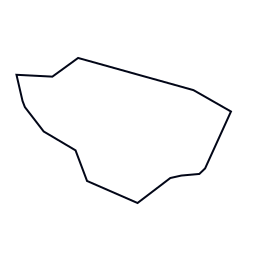 map outline of Veržej (Natural Earth projection), rotated 353°
{"feature_id": "SVN-267", "entity_name": "Veržej", "entity_type": "Municipality", "adm_level": 1, "iso_a3": "SVN", "parent_name": "Slovenia", "parent_adm1": "", "projection": "natural_earth1", "projection_center": [16.171, 46.583], "detail": "fine", "context": "isolated", "style": "outline", "palette": "ink", "viewbox_px": 256, "rotation_deg": 353, "n_neighbors": 0, "source": "natural_earth", "source_scale": "10m", "svg_char_len": 342}
<svg xmlns="http://www.w3.org/2000/svg" viewBox="0 0 256 256"><g transform="rotate(353 128 128)"><path d="M87.0,52.4L197.6,98.4L232.2,124.2L199.6,177.5L193.2,182.3L175.1,181.7L163.9,182.8L128.3,203.6L80.9,175.6L73.2,143.8L43.9,121.2L28.2,94.7L26.6,88.3L23.8,61.6L59.2,67.8L87.0,52.4Z" fill="none" stroke="#020617" stroke-width="2"/></g></svg>